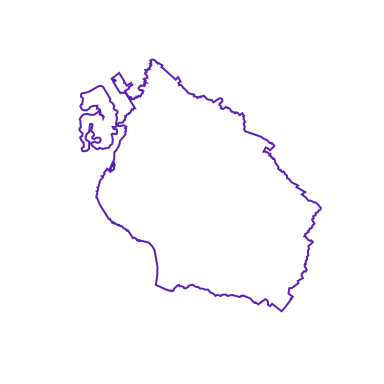 Kota Denpasar, Bali, Indonesia (orthographic projection), rotated 135°
{"feature_id": "22746128B89164850776530", "entity_name": "Kota Denpasar", "entity_type": "district", "adm_level": 2, "iso_a3": "IDN", "parent_name": "Indonesia", "parent_adm1": "Bali", "projection": "orthographic", "projection_center": [115.218, -8.672], "detail": "fine", "context": "isolated", "style": "outline", "palette": "violet", "viewbox_px": 384, "rotation_deg": 135, "n_neighbors": 0, "source": "geoboundaries", "source_scale": "gbopen_adm2", "svg_char_len": 6087}
<svg xmlns="http://www.w3.org/2000/svg" viewBox="0 0 384 384"><g transform="rotate(135 192 192)"><path d="M125.4,307.1L125.3,311.9L126.1,313.5L128.4,314.5L128.6,313.8L127.8,313.5L128.8,313.4L129.6,312.1L130.7,312.4L130.6,311.4L132.0,311.0L131.5,310.4L135.0,309.8L135.0,309.0L135.7,309.2L135.9,310.0L136.9,309.5L138.2,309.8L138.0,310.8L138.7,311.3L139.5,309.0L140.8,309.4L141.5,308.9L141.5,306.2L142.7,304.3L146.3,305.9L146.2,303.4L147.6,303.6L147.2,301.8L148.1,302.6L148.3,302.1L149.1,302.3L149.2,301.5L150.3,301.5L150.1,300.7L150.9,300.6L151.6,302.4L152.8,302.9L153.0,303.6L156.4,303.3L157.0,301.2L155.1,299.3L155.8,299.0L155.3,297.7L156.1,297.7L156.8,296.7L157.9,297.0L161.1,296.1L161.9,297.8L163.1,297.4L163.8,298.6L164.6,298.0L166.1,299.3L167.2,298.6L168.6,300.3L169.8,300.5L168.1,302.1L169.5,304.5L168.0,310.9L163.4,309.7L162.6,310.1L162.5,310.8L158.6,309.9L158.0,312.1L162.9,313.3L162.1,316.8L162.8,317.4L161.7,318.0L161.4,319.0L159.3,327.7L169.5,329.0L168.8,328.6L169.0,326.8L167.5,326.6L167.1,325.7L167.3,324.8L169.8,325.4L172.5,314.3L172.7,312.6L171.4,312.1L170.5,310.2L168.7,310.0L173.1,291.5L174.0,292.3L175.5,291.8L176.0,293.1L179.4,291.7L180.4,292.3L181.3,291.8L183.2,292.8L185.2,292.4L185.6,292.8L185.8,291.8L187.1,291.9L188.1,290.4L188.7,290.8L191.7,290.0L195.0,292.6L196.3,292.6L197.2,291.6L198.1,292.4L197.7,293.8L192.3,297.7L191.3,300.5L188.8,300.7L187.8,301.4L187.6,302.7L188.5,304.8L188.5,306.4L185.9,307.9L185.4,311.4L185.8,314.3L183.9,315.7L180.6,329.1L181.1,331.1L183.3,332.9L193.0,335.5L195.9,336.7L199.9,339.6L201.2,339.6L203.0,338.0L202.9,335.2L207.6,331.7L208.4,332.3L210.3,331.7L211.5,328.3L210.9,326.4L209.0,324.4L205.9,323.6L204.6,324.1L203.1,323.8L200.8,322.6L197.9,319.9L200.2,318.2L199.3,317.7L198.9,315.2L201.6,311.7L200.9,308.7L201.2,307.6L202.4,307.1L201.2,308.8L202.4,312.2L199.6,314.4L199.7,315.1L203.2,315.1L206.5,315.9L208.8,317.8L210.4,320.8L213.3,323.3L215.2,323.7L219.0,323.2L220.1,322.6L220.4,321.5L225.1,316.2L226.5,316.6L227.5,315.7L228.0,314.1L227.9,310.9L230.1,309.1L231.8,309.9L232.7,309.4L233.9,306.2L233.8,303.3L236.6,300.5L238.5,301.0L239.6,300.5L240.4,298.5L239.6,297.2L236.7,295.3L234.3,295.3L229.1,300.3L229.9,303.5L228.9,305.7L225.3,307.5L222.5,307.1L216.1,312.1L215.0,311.5L214.5,310.1L220.4,306.2L219.8,303.8L220.7,301.9L221.5,301.3L223.6,301.5L224.3,300.6L223.7,298.5L221.2,297.9L219.6,296.5L218.9,295.3L219.3,294.0L220.1,293.1L222.5,292.5L224.1,293.6L225.4,296.6L228.9,297.8L229.7,296.5L229.8,294.3L228.9,289.3L227.6,288.6L226.2,288.7L224.5,285.4L219.1,282.1L217.0,282.8L214.4,282.4L210.8,285.2L208.0,289.6L207.0,289.5L204.3,286.3L202.3,287.6L200.9,289.5L202.8,291.8L202.1,294.0L200.2,292.2L198.0,291.7L196.8,290.0L193.2,287.4L192.5,286.4L192.4,284.5L194.1,284.6L193.8,283.5L195.8,281.8L196.3,282.1L198.5,279.7L206.7,279.1L210.8,276.3L216.4,275.0L218.9,275.0L223.8,270.2L235.1,266.0L234.1,264.3L233.0,266.0L226.4,268.3L227.8,265.4L229.0,265.7L230.8,263.3L235.4,264.0L235.6,268.5L237.1,268.0L240.2,268.0L241.0,266.6L243.5,266.2L244.3,266.7L244.0,265.7L244.5,265.4L248.8,265.1L254.7,261.7L255.5,262.0L255.5,261.4L257.1,260.1L258.0,259.5L258.7,259.8L258.7,259.2L260.8,257.3L261.9,257.1L263.5,255.8L263.2,255.0L266.0,248.8L269.9,231.6L269.1,231.0L269.7,229.4L269.4,227.1L270.1,226.8L269.8,225.8L269.5,226.3L268.8,225.7L267.9,220.9L267.4,221.1L266.8,220.4L266.9,218.4L266.2,218.1L265.8,216.3L266.0,214.3L265.3,213.5L265.4,210.8L264.8,211.0L264.4,210.2L266.4,201.1L265.0,200.5L264.5,197.5L265.0,196.9L263.8,196.1L263.4,194.9L264.1,194.7L263.6,194.1L263.0,194.5L258.3,186.7L258.6,181.1L259.6,177.4L269.0,163.9L275.0,158.1L283.3,151.9L279.4,141.6L277.0,136.9L276.4,137.1L275.7,135.5L274.5,135.4L273.3,136.3L267.7,136.1L266.9,135.2L267.3,134.0L266.2,133.1L265.1,130.7L265.6,129.6L265.0,128.6L262.0,127.5L261.1,128.0L259.8,127.7L257.2,126.1L256.3,122.2L254.8,120.2L254.6,117.9L253.2,116.8L251.5,113.3L249.7,111.7L250.0,108.0L248.7,104.6L248.9,102.0L246.9,101.5L245.2,98.1L243.3,98.0L241.6,96.6L240.5,95.2L240.4,93.4L236.6,91.0L232.3,83.8L230.2,83.8L230.1,82.8L229.0,82.5L226.1,75.6L226.3,70.0L225.9,69.0L225.1,69.0L224.6,65.7L216.2,64.5L215.7,63.9L215.5,62.1L216.1,60.4L218.1,58.6L217.4,56.0L214.4,56.3L213.0,44.4L207.5,44.6L197.3,46.2L197.5,46.7L194.8,46.7L195.6,51.9L191.4,55.1L189.0,53.4L181.3,52.4L180.1,54.3L174.5,52.7L173.7,55.2L172.4,56.4L168.7,56.7L168.2,55.4L165.8,55.9L164.9,59.9L162.9,60.5L163.2,61.3L161.7,61.5L160.4,62.7L158.3,63.1L156.4,64.9L154.5,64.9L153.5,66.6L151.2,68.7L149.5,69.1L148.0,71.4L141.9,71.1L141.9,73.5L142.9,73.8L143.6,75.3L143.3,80.2L143.9,81.2L142.0,81.6L141.9,82.1L138.1,81.4L137.9,82.3L137.2,82.5L136.6,82.0L134.3,82.8L134.1,82.3L132.1,82.0L131.2,83.0L127.8,83.0L126.9,86.9L126.2,87.8L124.6,87.4L123.5,89.2L121.1,88.2L119.2,89.8L117.5,88.7L115.5,89.3L113.7,88.8L112.1,89.7L111.7,96.7L112.8,97.9L114.4,102.3L115.9,103.6L115.4,107.6L116.1,112.6L112.0,111.9L114.7,121.5L112.4,121.6L114.7,128.4L114.2,133.0L115.0,134.6L113.2,136.6L113.7,139.1L112.8,140.3L112.7,141.7L114.1,142.2L113.7,144.8L114.4,144.8L114.6,146.4L114.5,147.8L113.7,148.0L113.0,149.3L112.6,153.3L110.3,157.0L111.3,158.0L110.6,159.2L111.5,160.1L110.7,161.5L111.6,163.2L109.7,163.6L110.6,165.0L110.6,167.0L111.6,167.8L111.6,168.9L112.8,169.9L108.4,171.3L107.5,169.6L107.5,166.5L103.8,166.2L101.3,166.3L100.7,169.4L101.5,169.6L101.3,170.8L102.3,171.4L102.3,176.2L103.4,178.1L104.1,182.3L111.4,197.2L110.9,199.5L108.4,200.8L107.6,203.3L106.4,204.0L105.1,203.9L103.8,207.3L102.8,207.9L102.3,209.4L101.3,209.3L100.7,212.1L103.9,212.5L103.7,215.9L104.5,217.1L105.4,217.0L105.5,217.8L106.1,217.8L106.6,220.6L107.2,220.9L106.4,224.0L107.1,226.6L107.6,226.6L107.9,228.2L111.5,228.7L112.3,230.6L110.9,231.7L110.9,234.4L109.8,235.0L108.4,234.6L106.0,235.0L104.9,236.6L106.2,238.9L113.4,240.2L113.0,242.9L115.7,246.7L115.5,251.7L118.4,252.9L118.0,253.2L118.9,253.8L121.5,254.5L121.0,255.0L123.0,258.4L121.6,259.2L124.6,264.2L124.2,270.3L124.7,271.8L124.0,274.2L124.4,276.0L125.6,276.7L124.4,278.7L122.0,278.1L120.6,283.1L124.1,282.9L124.9,299.6L125.4,301.8L123.3,302.4L124.7,307.2L125.4,307.1Z" fill="none" stroke="#5b21b6" stroke-width="2"/></g></svg>